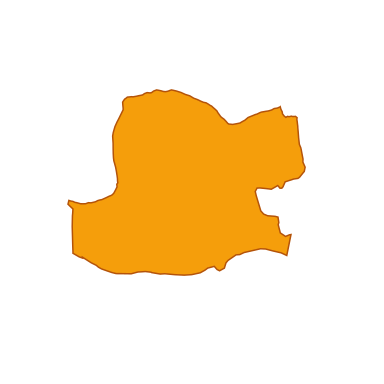 Abu Tisht, Qina, Egypt (Natural Earth projection), rotated 313°
{"feature_id": "37247803B97823956456767", "entity_name": "Abu Tisht", "entity_type": "district", "adm_level": 2, "iso_a3": "EGY", "parent_name": "Egypt", "parent_adm1": "Qina", "projection": "natural_earth1", "projection_center": [32.102, 26.129], "detail": "fine", "context": "isolated", "style": "filled", "palette": "amber", "viewbox_px": 384, "rotation_deg": 313, "n_neighbors": 0, "source": "geoboundaries", "source_scale": "gbopen_adm2", "svg_char_len": 3151}
<svg xmlns="http://www.w3.org/2000/svg" viewBox="0 0 384 384"><g transform="rotate(313 192 192)"><path d="M314.5,198.4L314.4,198.4L311.6,197.2L309.1,195.2L306.3,194.3L303.4,192.6L301.4,191.0L299.4,189.5L298.6,188.9L297.7,188.2L296.2,187.5L293.3,186.4L291.9,185.5L288.8,184.1L286.7,183.1L284.7,182.2L280.5,181.7L277.6,180.7L275.1,180.0L273.4,178.8L271.6,177.5L269.1,175.6L268.0,174.1L266.8,172.6L266.6,171.3L266.6,171.1L266.9,168.7L267.1,165.9L267.0,164.9L266.8,163.5L266.7,161.6L267.7,156.6L268.3,154.9L268.3,152.6L268.2,149.8L268.2,147.7L267.7,146.1L267.4,144.0L266.8,141.4L265.4,139.2L264.3,136.2L263.7,134.1L263.1,132.4L261.8,129.4L260.8,124.7L258.8,120.6L257.3,116.1L255.3,111.9L254.4,110.3L253.7,109.1L252.6,107.3L251.0,106.5L250.9,106.4L250.7,106.4L248.9,105.4L247.2,104.1L245.8,102.2L245.1,100.7L243.8,98.5L242.5,96.5L239.7,95.1L237.0,94.6L235.8,93.7L234.1,91.4L231.5,90.1L229.4,89.7L227.9,88.7L226.3,87.5L224.5,86.3L223.8,85.8L222.5,84.8L221.4,84.0L220.4,82.7L219.2,81.7L217.3,80.0L215.6,79.8L214.0,79.4L211.9,79.7L210.4,80.0L208.7,81.8L206.3,84.5L205.1,85.6L201.8,86.6L197.2,88.0L194.1,88.9L192.2,89.4L187.2,91.1L181.9,93.8L178.8,95.8L173.8,101.1L170.2,104.5L166.3,108.3L163.3,111.4L161.5,113.6L160.3,115.6L159.1,117.5L158.2,119.0L156.6,121.2L155.1,123.2L154.7,123.7L152.9,126.0L151.0,128.3L149.2,130.1L148.1,131.5L146.4,131.7L145.6,132.6L144.6,133.7L141.7,134.6L137.9,135.6L135.8,135.6L135.7,135.6L134.0,135.1L132.7,134.4L129.8,133.3L125.0,131.3L123.1,129.9L121.4,128.9L119.1,128.1L118.6,127.8L116.8,126.6L115.2,125.5L113.5,123.5L110.9,122.2L109.1,120.4L107.4,118.5L106.6,116.9L105.3,114.5L104.6,113.5L103.9,111.3L102.7,109.5L101.9,107.7L98.5,109.6L98.4,112.9L98.4,116.5L97.3,117.4L95.0,119.3L93.4,120.5L92.7,121.1L85.1,127.9L72.1,140.7L66.7,146.1L66.0,146.7L67.6,153.7L69.0,157.0L69.6,156.3L71.5,166.6L73.1,172.0L73.2,174.8L74.0,178.2L76.3,183.5L78.4,188.2L80.6,192.2L84.1,196.0L90.7,203.3L96.6,207.0L99.3,209.6L102.0,212.1L104.0,214.8L105.4,216.7L105.5,217.4L110.3,224.7L111.8,226.1L113.7,227.9L119.8,235.8L125.9,243.0L131.3,248.1L138.5,253.1L143.7,254.8L147.1,255.4L152.8,259.0L152.4,263.2L153.2,265.9L158.4,267.6L159.8,266.9L163.3,265.2L166.5,265.0L176.1,267.1L178.8,269.6L183.3,271.4L185.5,272.9L197.2,280.8L200.5,284.7L204.1,291.4L208.3,298.7L210.2,304.6L228.4,293.4L227.2,292.5L223.3,290.7L222.3,284.5L224.6,280.9L226.9,277.3L228.8,276.4L232.3,272.0L230.9,269.4L226.2,263.5L225.5,261.6L224.7,259.4L225.1,255.2L233.1,241.5L235.5,237.9L239.2,236.9L241.2,238.8L244.7,243.4L246.7,246.1L248.1,248.1L252.5,249.5L255.2,250.3L254.8,253.8L256.1,255.1L258.0,255.0L258.4,254.8L263.0,253.2L270.8,257.5L274.2,260.2L276.1,260.6L281.5,260.2L283.6,260.1L287.3,257.8L289.5,252.7L291.8,250.7L296.1,244.8L297.6,242.8L298.3,241.7L298.6,241.3L299.3,239.7L300.1,238.0L301.8,236.0L303.5,234.0L304.8,232.5L305.2,232.1L307.5,229.6L308.7,228.3L311.1,225.6L312.3,224.4L313.2,223.3L314.4,221.9L315.0,221.2L316.2,219.7L316.8,219.0L318.0,218.2L317.9,216.1L317.2,215.5L315.9,214.2L315.2,212.9L313.2,211.6L312.5,210.3L310.6,209.7L310.5,208.3L310.4,207.7L310.9,204.8L312.1,203.4L313.2,200.5L314.5,198.4Z" fill="#f59e0b" stroke="#b45309" stroke-width="1.5"/></g></svg>